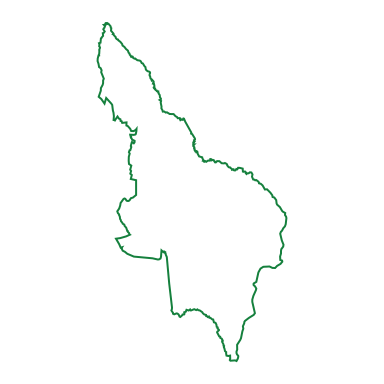 Fonseca, La Guajira, Colombia
{"feature_id": "7082276B74477010851757", "entity_name": "Fonseca", "entity_type": "district", "adm_level": 2, "iso_a3": "COL", "parent_name": "Colombia", "parent_adm1": "La Guajira", "projection": "natural_earth1", "projection_center": [-72.81, 10.843], "detail": "fine", "context": "isolated", "style": "outline", "palette": "green", "viewbox_px": 384, "rotation_deg": 0, "n_neighbors": 0, "source": "geoboundaries", "source_scale": "gbopen_adm2", "svg_char_len": 5992}
<svg xmlns="http://www.w3.org/2000/svg" viewBox="0 0 384 384"><path d="M105.8,23.1L105.8,23.7L105.3,23.9L105.4,24.7L103.9,24.9L105.0,26.1L104.4,27.8L103.7,28.4L103.3,29.3L104.7,31.5L103.6,33.0L102.8,33.2L103.1,35.8L101.5,37.7L101.4,38.2L100.9,38.5L100.5,42.7L99.0,43.2L99.4,44.3L99.2,46.4L99.8,47.0L100.0,47.8L99.2,50.0L99.4,50.5L99.2,54.0L98.8,54.6L99.1,55.5L98.4,55.8L97.7,58.6L97.6,61.1L98.5,63.8L99.1,67.1L100.6,68.1L101.6,70.3L101.2,72.2L103.8,78.7L103.1,80.5L103.1,83.2L102.6,85.0L100.9,88.1L100.8,90.7L98.7,96.8L101.3,99.0L104.5,103.6L106.2,98.0L111.3,103.6L112.2,104.9L112.9,110.5L113.5,112.7L113.9,116.2L113.6,120.0L115.0,120.2L115.1,119.6L115.2,119.9L117.5,116.5L118.8,118.5L120.4,119.3L120.6,121.0L121.6,121.2L122.2,122.9L126.5,122.4L126.4,125.5L127.8,126.1L130.2,128.8L131.2,131.0L133.7,131.1L135.8,129.8L136.5,128.9L136.4,131.1L135.8,134.0L135.4,134.5L133.7,134.9L130.2,134.7L130.4,135.9L131.1,136.6L130.8,137.4L131.0,137.9L131.6,138.3L132.1,139.6L134.6,140.8L134.6,141.6L134.5,142.4L133.8,143.3L132.0,142.0L131.7,142.6L130.8,146.0L131.3,147.0L130.3,150.2L129.6,150.3L128.9,152.2L129.7,153.6L128.8,156.8L128.7,160.9L129.0,164.0L131.3,165.6L130.2,169.7L131.1,171.0L130.3,173.7L131.8,175.0L130.8,179.0L136.1,180.2L136.1,195.0L132.9,197.6L130.9,198.2L129.6,200.2L128.7,200.9L127.8,201.0L126.6,200.7L125.3,198.8L124.4,198.5L123.5,199.0L120.6,203.0L120.2,205.5L119.2,208.5L117.3,211.3L117.9,213.1L119.1,214.4L119.1,215.2L119.8,216.5L120.1,219.0L120.7,219.8L121.0,221.2L122.3,222.7L122.7,223.7L124.3,224.6L124.6,225.9L126.2,227.7L127.3,231.0L127.8,231.1L127.9,231.9L129.1,233.1L129.4,234.3L129.9,234.7L126.1,236.4L120.2,238.1L116.0,238.7L119.2,244.2L120.7,247.7L122.0,247.3L121.6,247.9L121.9,248.2L121.7,248.7L122.7,250.7L124.9,251.8L127.3,253.8L133.9,256.6L152.5,258.3L157.8,259.5L159.0,259.4L160.5,258.5L161.0,256.8L161.5,250.4L163.0,251.8L164.0,251.4L165.0,252.0L164.5,252.7L165.6,253.3L165.7,254.5L166.8,257.0L169.2,283.5L172.0,307.5L171.9,309.1L171.4,310.5L173.0,312.9L173.0,313.7L174.2,314.3L176.5,313.4L177.5,313.6L178.6,314.5L179.6,316.7L180.3,317.0L182.4,315.1L182.6,314.5L184.2,314.4L184.5,313.8L184.2,312.3L185.8,311.7L186.5,309.8L188.6,310.5L190.0,309.5L190.3,310.3L190.9,310.5L194.2,309.2L196.2,310.1L197.4,309.4L198.3,310.2L199.7,310.4L202.3,312.2L202.8,313.2L204.3,314.5L206.0,314.9L206.2,316.1L207.1,316.2L207.7,317.0L208.9,316.5L209.4,317.8L210.4,317.8L212.1,319.3L213.2,319.5L213.9,322.3L215.5,322.8L216.4,324.6L216.7,326.8L217.7,327.4L217.5,328.4L218.9,329.8L218.9,330.3L217.3,331.7L217.1,332.4L219.2,336.4L220.2,336.7L220.3,337.9L221.8,338.7L222.2,339.8L222.7,340.3L222.8,340.9L222.1,341.3L222.2,342.0L223.5,344.4L223.5,345.7L224.1,346.0L223.9,347.5L224.4,348.3L225.0,351.1L226.2,352.1L226.1,353.4L226.5,355.6L228.2,356.0L230.1,355.6L230.2,358.6L229.8,360.0L230.4,360.7L235.1,360.4L236.5,361.0L237.8,358.7L238.3,356.7L238.2,355.8L237.0,354.4L236.5,353.1L236.5,351.6L237.2,349.6L237.1,344.8L240.2,340.0L241.0,338.2L242.4,331.3L243.3,328.7L242.9,326.3L244.2,323.4L244.4,321.8L245.0,320.9L248.9,317.9L253.7,314.9L254.9,313.2L252.3,301.9L252.3,299.6L253.4,295.8L255.9,290.2L256.3,288.6L255.0,286.3L253.7,285.2L253.5,284.0L253.8,283.4L256.3,281.9L258.4,272.4L260.5,268.6L263.3,266.8L269.5,266.5L272.4,267.9L275.1,268.0L277.1,265.9L280.5,263.9L282.3,261.7L282.1,260.6L280.3,260.0L280.1,256.5L281.0,253.5L281.0,250.9L281.3,249.2L283.2,246.6L283.5,244.7L281.8,240.4L280.2,233.7L280.9,231.8L282.0,230.7L283.3,228.2L284.9,226.4L285.7,224.3L286.4,218.1L286.1,216.7L285.0,215.0L285.2,213.0L282.9,211.7L282.1,210.9L279.9,207.1L277.1,204.6L276.6,203.5L276.2,200.1L274.3,197.5L272.6,197.0L272.3,195.3L270.4,192.7L267.0,189.3L264.9,189.5L262.6,185.4L260.8,183.8L259.0,183.3L258.9,182.4L258.3,181.6L256.4,180.1L255.2,180.3L254.6,179.7L253.2,179.5L252.0,176.7L252.5,174.4L251.4,172.5L249.9,172.3L248.6,173.3L247.1,173.4L246.5,174.0L245.8,173.2L246.1,172.6L245.0,171.5L243.5,171.8L242.9,171.6L242.7,168.6L239.9,167.9L238.1,167.8L237.3,169.3L236.3,169.0L235.6,170.2L235.0,170.5L233.7,170.2L233.5,169.3L232.1,169.7L232.1,169.1L230.6,168.1L230.3,167.5L228.7,167.2L227.2,165.4L227.1,164.4L226.1,163.6L224.9,163.0L224.0,163.4L221.6,163.2L219.4,161.2L217.1,161.1L215.8,162.4L215.1,162.4L214.8,162.1L214.7,161.4L214.0,160.9L213.8,160.2L212.9,159.9L211.7,160.3L211.7,159.6L210.8,159.0L210.2,159.2L210.5,160.3L209.2,160.7L208.2,160.5L206.2,161.8L205.5,161.2L204.2,161.8L203.5,161.2L203.7,160.8L203.0,160.7L203.4,160.0L202.4,158.4L202.2,157.3L199.1,156.4L197.6,153.6L197.5,152.4L196.6,152.3L197.0,151.4L196.3,151.0L195.3,151.3L194.5,149.9L194.6,149.4L194.4,149.0L194.6,148.9L194.1,148.1L194.4,147.3L193.2,145.9L193.9,145.0L193.6,145.1L193.7,144.5L193.2,144.1L193.8,142.9L193.3,142.6L193.5,142.1L193.8,142.3L194.2,141.9L194.2,141.1L194.6,141.0L194.1,140.1L195.0,139.4L194.9,138.5L192.2,134.1L191.1,133.6L191.3,132.5L185.3,121.8L184.0,118.7L183.4,118.5L182.7,119.8L181.9,119.4L180.4,120.2L180.0,119.4L180.2,118.4L179.8,118.1L177.7,118.2L177.1,117.1L175.5,116.2L173.6,114.1L169.7,114.0L166.9,112.3L165.8,112.6L164.2,111.5L162.8,111.6L162.4,110.1L161.4,108.4L161.5,106.5L160.7,102.6L161.1,101.0L159.7,100.0L160.8,99.5L160.9,98.6L160.0,97.4L159.7,95.0L158.7,93.6L158.6,92.8L158.2,92.5L158.3,91.4L156.9,91.2L156.7,90.5L155.8,90.2L154.3,88.5L154.8,88.2L153.8,87.3L154.4,86.6L154.3,85.0L153.9,84.4L153.9,83.5L153.0,83.5L153.6,81.5L152.2,79.9L151.7,80.4L151.5,79.9L151.7,79.4L150.5,78.4L150.1,76.2L149.6,75.6L149.6,74.3L150.1,73.0L150.0,72.3L149.3,71.7L147.6,71.2L146.2,70.0L145.8,69.3L145.4,67.0L144.5,66.2L142.9,63.5L141.7,63.1L140.8,61.3L139.8,60.6L137.3,60.2L135.1,58.5L134.6,58.7L133.6,58.2L133.0,57.7L132.8,56.9L132.1,57.0L132.0,56.5L130.9,56.6L130.7,55.6L129.7,54.7L129.5,53.5L128.6,52.7L127.9,50.6L126.0,49.0L124.4,46.9L122.5,45.5L122.2,44.1L120.4,41.9L118.2,40.2L118.1,39.6L116.7,39.1L115.8,38.0L115.7,37.1L113.7,35.0L113.6,34.2L113.0,34.1L113.4,33.5L111.0,30.7L111.3,28.2L110.8,27.8L110.6,26.3L108.4,23.7L107.3,24.0L107.0,23.0L105.8,23.1Z" fill="none" stroke="#15803d" stroke-width="2"/></svg>